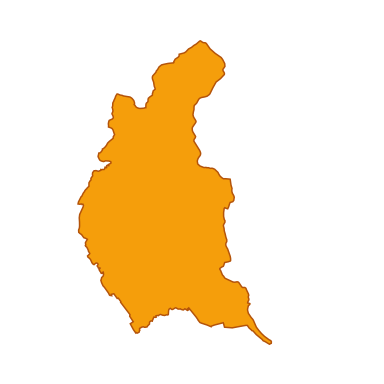 the district of Bozovici, Caras-Severin, Romania, rotated 12°
{"feature_id": "2599482B43426920958280", "entity_name": "Bozovici", "entity_type": "district", "adm_level": 2, "iso_a3": "ROU", "parent_name": "Romania", "parent_adm1": "Caras-Severin", "projection": "robinson", "projection_center": [21.961, 45.006], "detail": "fine", "context": "isolated", "style": "filled", "palette": "amber", "viewbox_px": 384, "rotation_deg": 12, "n_neighbors": 0, "source": "geoboundaries", "source_scale": "gbopen_adm2", "svg_char_len": 6012}
<svg xmlns="http://www.w3.org/2000/svg" viewBox="0 0 384 384"><g transform="rotate(12 192 192)"><path d="M301.0,323.5L300.8,322.0L300.0,321.0L298.1,320.5L293.0,318.2L289.4,316.0L286.1,313.5L283.0,310.8L278.6,304.6L277.8,303.8L275.9,302.4L272.4,299.0L271.1,296.5L270.7,295.1L270.7,293.1L270.8,291.4L271.7,290.3L271.9,289.9L271.8,289.1L269.5,288.9L269.5,287.6L269.9,286.5L270.0,285.4L269.7,284.5L269.1,283.7L268.8,282.3L269.0,281.2L268.4,280.0L265.3,275.9L264.8,275.0L263.5,274.4L261.4,274.9L260.3,274.4L256.7,270.9L255.7,270.4L254.7,270.5L252.4,271.4L250.8,271.5L243.0,269.7L241.7,269.2L240.7,268.0L239.0,266.8L236.2,262.7L235.2,261.8L235.1,261.0L236.5,259.4L238.1,258.1L238.3,257.1L238.6,254.2L242.0,252.7L243.9,251.5L244.0,250.8L243.5,248.8L242.7,246.9L238.7,240.3L237.4,238.9L236.3,237.4L235.9,236.2L235.8,235.1L236.3,233.3L236.0,231.6L234.5,229.1L233.2,226.2L231.7,223.4L230.9,220.9L229.7,218.5L229.7,217.4L230.5,214.7L230.2,213.2L229.3,212.2L228.0,209.3L227.2,205.6L226.9,201.3L227.4,200.5L228.7,200.9L230.4,201.0L230.9,199.1L231.2,195.7L231.5,194.3L233.9,193.0L234.6,191.5L234.4,188.3L233.5,186.8L231.8,184.9L230.9,183.2L230.5,181.7L230.4,180.2L228.7,177.1L226.9,172.1L226.6,171.5L221.6,172.1L220.2,172.5L219.0,172.2L216.4,170.8L214.7,169.2L213.3,167.4L209.4,165.0L207.5,164.6L206.6,164.6L204.8,165.1L203.9,164.9L202.9,164.8L201.4,165.2L200.7,165.0L198.6,165.6L194.4,164.9L191.8,163.4L190.7,160.6L190.9,158.2L191.4,156.7L192.1,155.3L192.5,154.0L192.5,152.7L192.0,151.4L190.8,149.7L183.2,141.8L183.1,140.2L183.9,138.3L184.0,137.0L183.5,136.4L180.4,133.1L179.6,131.9L179.0,129.8L179.0,128.6L181.2,123.2L181.3,122.3L180.9,121.5L178.0,118.4L176.9,116.3L176.7,113.6L176.8,111.0L176.3,108.5L176.2,107.0L176.5,106.4L177.1,105.7L178.1,104.0L179.3,99.9L180.2,98.6L181.6,97.6L184.5,96.4L186.8,95.2L188.6,93.2L189.1,92.3L190.8,85.5L192.7,79.4L196.3,75.2L199.2,70.4L199.1,69.4L198.9,68.9L198.1,67.9L197.2,67.0L196.7,65.8L198.1,62.3L197.3,59.6L194.4,56.0L192.6,54.4L185.7,51.5L179.9,48.2L175.1,43.7L174.0,43.3L172.4,43.5L171.5,43.5L168.9,42.4L168.1,42.8L165.5,46.3L163.3,48.3L161.5,50.6L158.9,52.8L156.7,56.4L155.2,57.7L150.8,59.9L151.1,61.8L150.5,62.9L147.9,65.6L147.1,68.4L147.3,68.8L147.3,69.1L147.1,69.5L141.9,71.2L137.8,73.0L135.8,74.0L133.9,76.3L133.6,77.0L132.9,79.3L131.9,81.1L131.8,82.4L129.5,86.5L129.3,87.8L129.8,89.6L131.6,92.5L133.1,96.4L134.2,98.1L134.6,99.1L133.0,101.2L133.0,103.0L132.8,103.6L133.1,105.6L131.2,107.5L129.8,109.4L129.8,110.8L130.1,112.3L130.0,112.9L129.6,113.7L129.0,114.4L128.8,115.0L128.8,116.4L129.3,119.1L128.8,119.1L128.0,119.8L126.6,120.3L124.1,121.0L122.9,121.2L121.0,121.0L119.8,120.6L117.8,118.8L117.6,118.4L117.3,118.4L117.4,117.3L117.2,116.7L116.0,114.6L114.0,113.0L113.0,112.5L111.6,112.0L104.9,112.3L103.7,112.0L101.5,112.1L99.1,111.6L98.2,111.8L97.4,114.3L97.2,116.2L96.6,118.6L96.6,119.3L96.1,121.0L96.1,122.1L96.4,123.4L96.5,124.7L96.3,125.9L96.9,126.8L97.8,129.0L97.8,130.2L97.4,131.8L97.6,132.4L98.6,133.6L99.2,134.6L99.5,135.3L99.5,136.0L99.1,136.9L98.7,137.3L96.2,139.1L96.0,139.7L96.0,140.2L95.9,140.9L96.0,142.7L96.6,144.5L96.8,145.8L99.1,146.1L100.7,146.6L101.8,147.7L103.7,151.0L104.3,151.8L104.1,152.6L103.5,154.3L103.7,155.9L100.6,159.7L99.3,161.7L98.6,164.2L97.3,166.7L96.1,168.1L95.4,168.6L95.6,169.5L95.5,170.0L94.6,171.9L93.8,172.9L92.7,173.3L92.8,174.5L92.7,175.6L92.8,177.0L94.8,179.6L95.6,180.2L96.4,180.4L97.6,180.6L99.2,180.6L100.0,180.2L100.9,179.5L104.3,179.0L106.2,179.2L106.5,179.6L106.7,180.6L105.8,181.5L104.3,182.7L104.4,183.3L105.1,183.4L105.1,183.6L103.7,183.6L103.2,183.8L103.0,184.5L103.4,185.9L103.0,186.1L102.1,185.8L101.8,185.8L101.7,187.5L101.3,188.3L99.6,188.6L99.1,189.1L98.2,188.9L98.1,189.9L96.1,191.2L93.5,191.0L92.8,191.4L92.0,191.5L91.7,191.7L90.8,193.7L90.9,195.3L91.5,196.8L90.3,199.6L90.7,201.2L90.0,202.3L89.3,204.4L90.0,207.9L88.7,209.7L88.3,210.8L87.8,211.3L87.4,212.0L86.9,213.0L86.8,214.0L86.3,214.7L85.8,216.0L85.1,219.0L84.5,219.7L83.0,225.4L83.0,227.4L84.9,227.3L86.1,226.7L86.6,226.7L87.0,227.1L87.8,226.6L88.6,227.5L88.6,229.2L86.8,237.3L87.1,240.7L88.2,244.7L89.1,248.7L89.3,250.7L89.0,252.8L89.6,255.0L91.1,255.9L92.8,256.6L95.7,259.2L97.6,259.4L99.5,260.0L98.3,263.6L98.6,264.8L99.1,265.8L98.8,266.6L99.2,267.1L100.7,268.0L102.5,270.3L103.1,271.6L104.8,273.3L104.6,274.1L103.1,276.3L103.7,277.3L105.5,278.2L106.8,279.2L109.0,282.2L110.5,283.3L111.3,283.4L112.0,282.4L112.9,281.5L113.6,281.3L114.5,281.5L115.2,282.2L115.0,283.2L114.6,284.0L114.8,284.3L115.6,284.9L116.1,285.7L117.0,285.5L117.9,285.6L117.7,286.3L117.1,286.8L117.8,288.0L119.0,289.1L120.1,290.4L121.0,290.3L121.2,289.4L121.7,288.8L122.2,289.5L122.7,291.4L122.4,293.1L121.4,294.4L121.4,295.9L121.2,297.3L122.4,299.5L124.5,302.3L126.1,303.4L131.0,307.9L132.0,309.0L132.4,309.7L133.1,310.2L135.0,310.1L134.3,308.9L136.7,307.8L141.0,311.7L142.0,311.2L145.1,313.9L145.1,314.7L156.8,324.8L156.9,326.5L161.5,331.1L159.0,333.7L163.3,338.8L166.3,341.6L166.6,341.1L167.6,341.5L169.0,340.5L169.5,339.9L169.4,338.7L169.7,338.3L169.6,337.9L169.1,337.0L169.1,336.3L170.2,335.4L170.6,334.8L172.5,333.9L173.4,334.2L174.2,334.1L176.1,333.3L176.6,331.9L177.4,330.8L177.9,329.9L177.6,328.9L177.6,328.0L178.1,327.2L178.8,326.6L180.0,326.6L180.0,325.5L180.3,325.0L180.2,324.7L180.7,322.3L182.1,322.3L183.0,321.8L182.5,320.8L182.5,320.5L184.2,319.9L184.9,319.9L185.6,318.9L186.7,318.3L188.7,318.6L190.8,318.5L192.7,317.4L193.9,317.3L194.3,316.7L193.8,313.2L193.8,311.6L194.9,310.3L196.7,311.1L197.5,310.9L199.9,308.7L200.7,308.7L202.7,309.4L204.1,309.1L204.9,308.7L205.7,309.1L207.8,309.2L208.2,309.1L209.3,307.7L212.2,308.8L213.1,308.0L211.9,307.3L212.9,306.0L222.1,313.5L224.2,315.5L224.6,316.1L225.1,316.5L225.7,317.0L226.9,318.0L228.3,318.3L234.6,319.0L238.7,319.8L238.7,319.3L241.5,317.5L249.7,313.4L250.6,314.9L251.9,317.5L259.6,316.5L270.0,312.2L272.6,311.2L274.0,311.0L274.5,311.6L276.2,313.2L278.6,314.5L279.3,315.1L280.6,315.2L284.5,318.1L291.2,321.6L292.5,322.7L294.8,323.2L299.4,324.8L301.0,323.5Z" fill="#f59e0b" stroke="#b45309" stroke-width="1.5"/></g></svg>